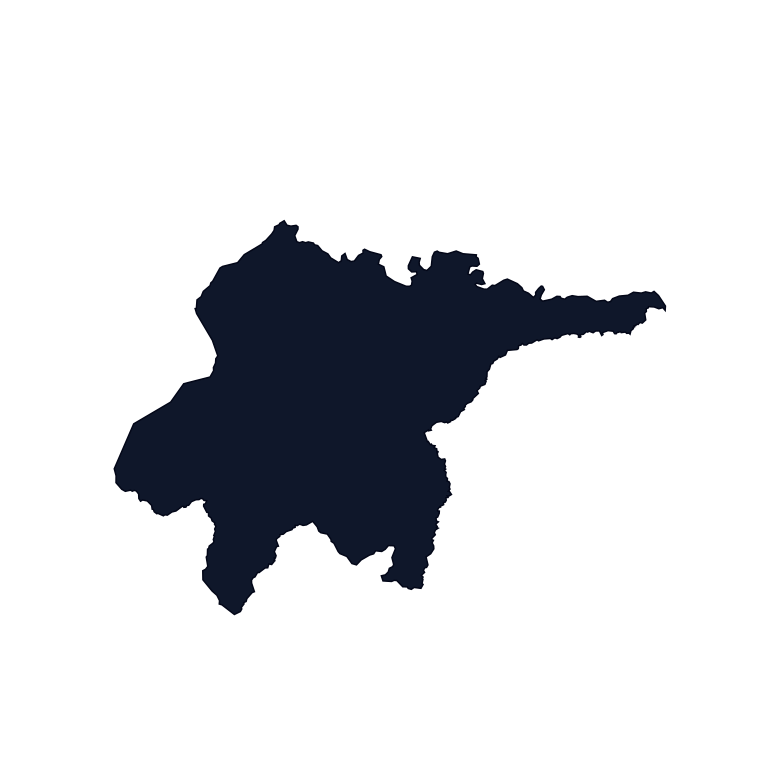 Kasama, Northern, Zambia (Natural Earth projection), rotated 237°
{"feature_id": "96606910B49131847475849", "entity_name": "Kasama", "entity_type": "district", "adm_level": 2, "iso_a3": "ZMB", "parent_name": "Zambia", "parent_adm1": "Northern", "projection": "natural_earth1", "projection_center": [30.808, -10.551], "detail": "fine", "context": "isolated", "style": "filled", "palette": "ink", "viewbox_px": 768, "rotation_deg": 237, "n_neighbors": 0, "source": "geoboundaries", "source_scale": "gbopen_adm2", "svg_char_len": 6171}
<svg xmlns="http://www.w3.org/2000/svg" viewBox="0 0 768 768"><g transform="rotate(237 384 384)"><path d="M292.6,659.9L296.1,662.5L308.7,662.4L314.6,660.9L314.7,657.7L318.8,653.6L320.1,649.3L325.1,643.2L325.5,637.0L329.6,629.2L331.1,622.2L329.8,618.9L330.7,616.1L334.1,614.6L337.8,606.9L346.9,602.2L351.6,594.3L355.6,589.9L357.0,584.9L356.7,581.8L359.4,579.3L361.5,579.3L363.4,576.7L363.8,570.8L367.1,562.1L370.3,561.2L373.0,564.4L375.7,569.8L379.5,570.2L380.5,569.2L379.9,565.7L378.3,561.1L375.9,559.6L375.3,556.4L381.5,554.6L386.1,551.6L389.7,552.1L395.5,550.5L404.8,544.6L405.8,541.0L406.1,530.7L407.9,528.6L407.3,522.2L409.1,519.5L415.2,514.9L418.0,514.7L418.2,516.5L414.3,520.0L413.2,523.3L418.8,523.8L422.6,527.6L424.5,528.1L429.6,523.5L429.6,519.3L428.4,515.8L430.6,514.3L435.5,519.7L435.1,522.0L432.1,526.1L432.6,529.3L438.2,531.4L440.5,530.5L442.0,531.8L450.2,521.2L456.2,517.0L458.6,508.3L464.4,502.0L466.5,501.0L467.1,498.1L464.4,493.8L457.0,487.8L455.8,481.9L458.3,479.6L464.3,478.4L466.9,479.7L469.6,482.8L475.2,477.1L469.9,468.8L467.3,467.2L462.9,468.3L460.5,472.4L457.8,471.4L458.3,464.6L455.0,463.7L451.9,460.9L452.0,458.7L454.0,455.7L464.2,448.6L473.4,444.6L482.4,447.7L487.6,444.5L491.0,447.9L492.1,451.5L494.0,451.9L502.7,444.1L507.6,441.1L507.6,439.2L505.2,437.8L505.7,432.7L503.3,426.1L504.6,423.1L508.4,420.9L514.7,422.4L514.4,418.3L510.6,415.3L510.5,412.0L518.8,408.0L523.7,407.8L529.4,404.6L536.2,403.8L538.6,401.5L540.6,401.6L544.4,397.9L545.2,395.2L547.7,393.2L548.5,390.2L550.8,388.4L557.0,389.9L560.7,396.2L562.7,397.5L564.9,396.7L567.1,391.9L570.0,389.1L575.3,389.2L575.5,384.0L574.7,382.9L575.4,377.9L572.7,375.5L571.0,371.6L568.8,363.2L568.8,359.2L567.8,358.1L568.6,337.2L565.5,327.3L570.5,312.7L570.6,309.6L563.5,296.3L563.1,293.8L561.2,291.7L560.1,282.9L556.8,278.2L556.4,273.0L549.6,267.8L550.1,266.7L545.1,265.2L514.2,263.9L498.1,259.9L496.8,256.7L493.3,254.1L490.7,249.9L488.0,248.4L484.6,241.9L493.3,216.2L485.0,195.2L486.9,152.4L459.8,111.6L452.9,109.3L447.2,105.5L438.6,106.7L434.9,108.6L433.0,113.6L431.2,114.5L430.8,116.6L429.2,118.0L425.4,118.3L421.4,116.0L418.3,116.0L418.2,118.4L414.8,121.8L408.7,123.0L405.3,121.4L404.4,122.3L402.0,121.7L398.9,122.8L398.7,123.9L393.6,127.2L393.7,128.9L392.0,130.9L392.2,136.4L390.8,140.4L391.3,148.2L390.4,149.4L389.6,149.0L388.6,150.8L389.5,152.3L388.7,154.2L390.2,158.4L389.4,163.2L387.8,165.9L387.8,168.0L386.7,169.4L384.4,169.6L382.7,171.7L380.8,169.0L381.3,167.3L379.8,166.2L372.9,165.5L371.8,166.8L368.9,165.0L365.6,166.1L362.9,165.3L359.7,166.5L358.8,165.5L356.2,165.5L354.6,163.0L352.2,162.3L349.6,158.7L348.8,159.0L346.5,156.1L344.6,155.7L343.7,154.0L343.3,149.2L341.6,147.4L341.6,146.1L336.3,142.4L335.7,140.7L327.0,136.9L325.8,133.4L326.1,130.3L318.4,125.5L304.0,127.1L297.8,128.8L291.9,128.1L289.2,126.0L287.1,127.8L272.2,133.0L271.4,139.6L272.8,142.2L274.3,142.6L275.8,146.8L277.1,147.2L276.7,149.9L278.7,152.1L280.9,159.9L280.4,162.2L289.1,164.5L291.7,166.1L292.8,168.8L292.5,170.8L294.8,175.3L293.9,176.5L294.5,184.1L293.2,186.4L295.8,189.4L293.8,191.5L295.0,195.2L295.9,195.6L295.4,196.3L297.9,197.3L297.2,198.1L298.8,200.0L303.1,200.7L306.1,205.3L305.5,207.1L311.7,208.5L312.7,209.7L313.0,213.6L314.3,214.8L312.9,217.8L313.5,221.6L312.0,227.4L312.8,229.1L312.2,231.4L313.9,232.6L312.5,234.1L312.4,236.9L309.5,239.1L308.1,242.2L307.7,249.4L300.6,250.2L296.2,249.2L293.7,250.0L289.0,254.7L282.4,254.9L280.8,254.0L277.7,255.3L268.5,254.3L265.7,254.7L259.6,258.9L250.9,259.3L247.3,262.4L248.9,269.1L248.4,278.7L247.2,282.8L248.7,286.1L244.8,290.9L244.7,295.0L246.1,299.7L242.9,304.3L239.6,303.9L234.1,296.1L227.3,293.8L226.1,291.8L226.5,288.1L224.0,285.1L223.2,281.2L224.6,277.3L219.4,275.9L214.3,282.8L213.8,285.6L212.2,287.7L203.7,289.3L201.3,292.9L199.3,293.0L196.9,295.1L197.0,298.4L192.5,303.7L194.6,307.6L196.0,307.3L199.0,310.3L200.0,310.1L200.8,311.6L203.2,311.1L203.9,315.4L206.4,315.6L207.7,318.4L207.0,319.8L208.3,322.3L216.1,325.1L216.2,330.7L218.6,336.0L221.2,337.5L224.5,337.8L226.0,340.3L227.1,339.4L228.5,340.0L229.6,344.9L232.0,345.2L233.6,347.7L233.6,350.9L235.1,349.9L235.4,351.0L238.3,351.0L238.8,354.5L240.6,353.3L243.4,354.7L243.2,356.6L245.4,359.8L247.3,361.2L248.4,359.9L249.3,360.4L250.5,362.8L250.0,364.3L250.8,364.4L250.3,368.3L252.3,369.3L251.6,371.1L252.6,372.9L254.9,373.9L254.0,375.9L255.7,376.1L254.7,377.2L254.6,380.4L258.5,380.4L259.1,379.6L259.9,382.1L261.8,382.5L264.3,385.0L266.8,385.3L268.1,384.1L270.3,385.8L272.1,385.2L274.2,386.2L276.1,388.0L278.6,387.4L279.0,389.4L280.2,388.9L281.3,390.7L283.8,391.0L286.1,393.7L288.1,394.1L289.6,390.8L293.2,389.5L297.7,391.2L297.2,391.8L297.9,392.5L299.1,391.8L300.9,392.9L303.3,391.4L304.4,393.2L306.2,391.0L307.8,391.0L307.9,389.8L311.8,389.8L311.9,389.0L321.3,391.2L321.3,396.1L320.5,395.8L319.5,398.5L320.9,398.6L322.9,401.4L323.3,407.2L321.4,411.7L318.6,413.8L318.0,415.8L316.6,416.2L316.2,419.4L317.2,420.1L316.2,421.8L316.1,425.4L316.9,425.7L316.3,428.5L319.1,433.1L318.8,437.4L319.9,437.3L320.9,440.0L321.9,440.3L322.4,443.2L321.6,447.5L322.4,450.0L323.3,450.0L324.7,458.0L327.8,458.4L328.5,462.1L329.7,463.6L328.7,468.4L330.7,471.1L331.8,470.6L332.1,472.9L333.3,472.4L333.9,474.2L338.1,477.1L339.0,480.4L342.5,484.4L342.0,486.4L343.4,488.4L343.3,492.6L344.7,495.5L343.1,495.8L342.2,501.7L345.0,505.8L340.5,514.3L340.5,515.9L342.9,517.8L342.0,520.0L342.7,522.1L340.5,522.6L339.1,524.8L339.4,527.6L337.9,530.2L337.7,536.4L336.0,537.2L334.7,542.6L331.6,548.3L329.7,549.1L329.7,552.4L327.8,553.9L327.4,557.1L328.1,559.4L326.1,565.8L324.1,566.6L324.5,567.9L323.2,570.5L321.0,572.9L318.8,573.8L317.4,572.6L316.4,573.7L316.4,574.8L318.5,575.4L317.1,578.3L317.7,582.2L316.5,583.2L316.8,584.6L313.1,587.3L313.2,590.3L311.1,593.6L306.1,593.0L306.2,594.6L308.1,595.1L306.8,600.9L303.4,605.0L300.7,604.8L299.7,606.0L300.2,607.1L299.1,610.9L297.9,610.9L296.1,614.7L294.3,615.1L293.2,617.2L291.8,617.5L294.2,620.1L294.6,623.3L295.7,623.5L295.5,625.3L296.6,625.5L295.9,627.0L296.5,628.3L295.5,629.6L296.3,632.0L294.4,633.8L295.2,638.4L301.5,641.2L301.9,643.5L304.3,644.9L303.9,647.1L304.8,648.0L301.4,652.6L297.4,655.5L296.2,659.4L292.6,659.9Z" fill="#0f172a" stroke="#020617" stroke-width="1.5"/></g></svg>